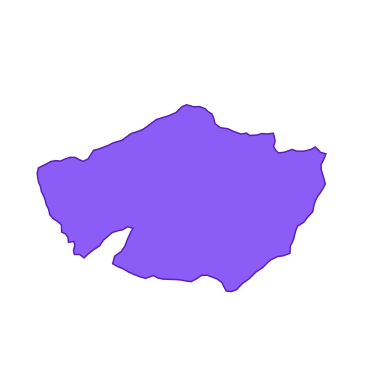 the district of Tarabai, São Paulo, Brazil, rotated 236°
{"feature_id": "56859067B13079044962681", "entity_name": "Tarabai", "entity_type": "district", "adm_level": 2, "iso_a3": "BRA", "parent_name": "Brazil", "parent_adm1": "São Paulo", "projection": "equal_earth", "projection_center": [-51.622, -22.363], "detail": "fine", "context": "isolated", "style": "filled", "palette": "violet", "viewbox_px": 384, "rotation_deg": 236, "n_neighbors": 0, "source": "geoboundaries", "source_scale": "gbopen_adm2", "svg_char_len": 1941}
<svg xmlns="http://www.w3.org/2000/svg" viewBox="0 0 384 384"><g transform="rotate(236 192 192)"><path d="M197.7,65.7L198.7,71.2L199.2,78.1L199.0,85.3L201.6,91.4L202.2,96.4L203.0,103.2L201.2,109.2L199.5,113.4L199.2,119.2L194.9,122.8L193.0,118.8L189.1,112.4L184.7,106.1L182.3,100.4L182.0,91.9L176.9,86.1L171.9,88.6L166.8,92.0L161.6,94.4L157.2,97.1L151.0,101.3L146.4,105.2L144.3,113.2L139.4,115.9L136.0,119.3L131.2,125.8L127.5,131.0L124.4,134.5L120.9,138.0L118.2,141.1L117.5,147.1L117.7,152.8L114.5,158.1L111.2,160.4L106.1,164.0L100.5,166.2L95.4,165.5L90.8,165.0L87.6,168.7L86.1,174.3L88.0,182.6L88.1,190.8L89.9,200.6L89.8,208.4L91.2,215.0L91.7,219.7L90.6,227.0L88.2,231.7L86.4,239.0L91.8,242.8L95.8,249.5L102.0,256.4L104.8,260.7L104.4,267.6L106.3,273.2L108.2,281.2L111.0,283.9L113.7,286.7L116.1,290.0L118.1,293.7L119.8,298.3L121.7,302.5L124.1,307.0L129.2,308.8L134.0,310.3L138.7,311.8L142.6,314.4L145.1,319.1L148.8,324.4L152.8,320.8L160.4,319.4L160.8,314.4L163.3,307.6L167.2,301.8L171.3,298.8L173.3,290.8L176.1,285.5L180.1,284.7L184.0,285.0L187.2,288.9L190.6,290.7L195.3,292.3L198.1,286.7L201.3,282.8L203.0,277.5L206.8,271.2L210.2,270.3L212.7,264.9L219.4,260.1L224.4,257.1L229.5,251.4L235.7,249.3L241.5,251.4L245.7,252.1L249.5,250.3L253.8,249.5L258.6,246.0L261.7,241.0L267.4,236.3L268.3,231.2L266.8,223.4L268.3,215.0L270.0,209.7L272.0,202.8L271.6,195.6L271.3,186.6L272.8,179.9L274.5,174.2L274.3,168.7L274.1,162.6L275.6,158.1L276.9,153.6L277.5,148.6L278.6,143.6L279.9,138.5L281.6,133.7L279.5,129.0L277.5,124.2L278.4,118.8L282.2,116.4L286.0,114.5L288.9,110.4L290.4,105.0L291.2,100.2L294.2,96.6L296.2,92.1L296.8,85.9L297.9,78.1L294.2,74.2L289.9,72.0L285.7,70.2L281.3,69.4L276.8,67.5L273.2,67.0L268.7,66.2L262.7,64.0L257.8,63.5L252.8,61.4L247.6,62.0L243.0,64.0L237.9,65.4L231.6,61.5L228.1,63.7L223.8,63.8L219.3,61.4L217.1,66.4L213.3,65.0L209.7,60.9L206.0,59.6L203.1,63.8L197.7,65.7Z" fill="#8b5cf6" stroke="#5b21b6" stroke-width="1.5"/></g></svg>